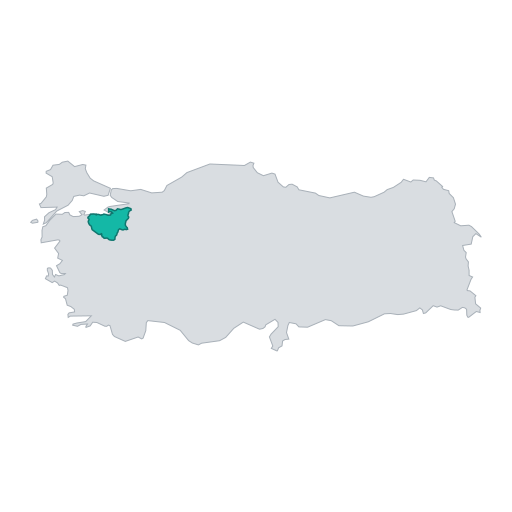 where Bursa sits in Turkey
{"feature_id": "TUR-2264", "entity_name": "Bursa", "entity_type": "Province", "adm_level": 1, "iso_a3": "TUR", "parent_name": "Turkey", "parent_adm1": "", "projection": "mercator", "projection_center": [28.985, 40.083], "detail": "fine", "context": "in_parent", "style": "filled", "palette": "teal", "viewbox_px": 512, "rotation_deg": 0, "n_neighbors": 0, "source": "natural_earth", "source_scale": "10m", "svg_char_len": 5213}
<svg xmlns="http://www.w3.org/2000/svg" viewBox="0 0 512 512"><path d="M403.5,179.3L410.8,182.0L413.2,180.0L420.0,180.3L426.0,181.8L429.3,177.4L433.5,177.9L434.3,180.1L436.3,180.9L442.6,186.5L441.8,187.2L443.4,189.3L448.7,190.7L449.2,193.5L453.4,197.7L455.5,204.2L454.2,208.8L451.9,211.6L455.2,221.3L454.2,222.6L460.7,225.8L468.9,225.2L471.5,226.6L479.3,234.2L481.3,237.2L475.9,233.6L472.8,236.7L471.2,244.1L462.6,245.5L463.9,250.3L466.2,252.6L465.5,257.1L466.1,258.9L468.4,261.9L468.1,266.0L469.1,270.3L469.1,275.5L472.6,277.0L471.0,279.4L467.0,289.8L467.3,290.6L470.0,290.9L475.9,295.7L474.9,297.2L475.6,303.8L480.7,308.1L479.9,310.3L480.1,312.5L476.3,311.5L468.7,317.3L467.8,317.2L466.8,315.2L466.6,309.3L464.7,307.8L462.4,307.4L458.2,310.1L454.4,310.0L450.7,309.5L440.7,305.8L437.0,307.1L433.2,305.7L425.7,312.9L423.4,313.5L422.4,309.9L419.8,307.9L416.4,310.6L403.6,314.1L397.7,314.6L390.5,313.5L384.5,313.8L368.3,321.8L352.8,326.0L338.9,325.7L331.3,320.7L325.4,319.6L307.6,327.2L298.9,326.9L296.0,323.8L289.3,322.5L287.9,325.5L286.5,332.6L288.8,339.1L285.0,339.5L282.6,341.0L282.0,345.9L278.6,347.8L277.4,350.8L276.8,350.9L271.3,348.4L272.8,346.0L269.4,336.9L271.1,334.1L278.2,326.7L278.0,322.4L275.0,319.3L265.8,324.8L265.0,326.9L262.9,328.5L259.5,329.2L243.3,322.1L233.8,328.3L225.7,337.4L219.6,340.7L201.6,343.2L198.4,344.9L192.3,343.0L188.6,340.6L180.2,330.3L164.5,322.5L147.8,320.6L146.3,322.7L145.8,330.6L143.1,338.1L141.7,338.9L138.1,337.0L125.3,341.4L114.4,336.5L112.5,334.4L110.0,325.7L108.4,325.1L106.7,326.3L104.8,326.2L96.9,322.5L92.7,322.2L90.2,325.9L86.0,327.4L85.9,326.4L87.5,324.0L81.0,324.4L77.5,326.3L72.7,325.2L73.0,324.1L76.9,323.0L85.7,321.6L91.3,315.8L70.3,316.1L68.2,317.4L67.9,314.4L69.1,312.9L74.6,311.9L74.3,309.3L70.9,306.6L67.2,305.2L65.5,298.8L63.6,297.2L63.9,296.3L67.3,295.2L68.0,290.5L67.5,287.7L60.7,285.1L59.2,285.4L57.5,282.9L54.6,281.1L52.2,282.6L45.4,278.7L46.6,275.9L48.3,276.0L48.6,273.8L47.3,270.2L47.4,268.3L48.9,267.8L50.6,268.1L52.3,270.3L52.5,274.5L54.4,277.0L55.6,274.5L58.8,275.9L64.4,274.6L65.4,273.5L61.3,273.6L59.8,272.6L56.5,265.7L59.9,263.7L62.4,260.4L57.7,258.1L58.6,253.5L54.6,248.1L59.9,241.2L59.7,240.3L58.0,239.8L41.2,242.8L40.9,239.7L42.1,237.0L42.0,230.4L42.8,226.8L45.9,225.7L49.7,220.4L55.9,214.1L62.3,214.3L64.9,212.5L68.7,212.4L69.9,214.9L73.2,216.6L79.2,216.3L82.0,214.7L79.3,211.6L82.6,210.6L85.3,211.4L83.9,214.7L84.7,215.1L92.4,214.0L100.4,214.9L109.3,214.5L110.4,213.4L104.1,210.0L108.1,207.0L110.4,206.4L129.0,203.7L129.1,203.0L117.7,201.5L111.8,197.5L110.2,195.3L111.3,190.0L112.6,188.6L116.7,188.4L130.7,190.8L140.7,189.4L151.7,192.9L162.2,192.2L164.3,190.6L166.9,185.5L181.7,177.1L186.9,172.6L209.9,164.0L244.4,165.5L250.4,162.1L253.9,163.2L253.0,165.5L253.2,167.5L257.3,172.7L263.4,175.7L271.9,173.1L275.0,174.1L278.0,182.2L283.3,186.9L285.8,187.3L289.0,184.5L292.1,184.2L297.2,186.9L298.9,189.8L315.4,193.1L318.8,195.5L329.8,197.9L354.4,192.2L363.4,196.1L371.0,197.3L374.2,196.7L384.1,192.2L387.2,189.6L393.4,187.4L401.2,182.3L403.5,179.3ZM85.9,165.1L85.3,168.7L86.8,172.7L90.2,178.2L93.7,180.9L110.4,188.3L108.1,195.3L103.9,196.3L89.6,193.0L83.8,195.8L79.6,195.1L73.8,196.4L72.2,200.5L68.1,205.2L56.7,211.1L46.3,222.7L43.3,224.1L44.6,220.2L44.5,216.8L49.0,212.7L55.5,209.7L57.1,207.1L41.0,207.6L39.4,204.0L41.1,203.3L46.3,196.9L46.8,194.4L46.3,188.1L52.7,184.4L53.2,183.0L52.2,176.7L46.1,173.1L46.2,171.3L50.5,169.6L53.0,165.2L59.3,164.4L62.3,162.2L67.8,161.1L74.6,166.6L82.7,164.5L85.9,165.1ZM37.8,222.3L32.4,223.2L30.7,222.3L32.4,220.4L36.6,219.1L38.0,221.0L37.8,222.3Z" fill="#d9dde1" stroke="#a8b0b8" stroke-width="1"/><path d="M90.5,214.2L93.8,214.0L95.0,214.2L97.0,214.1L96.8,214.2L96.6,214.3L96.4,214.5L96.4,214.8L97.3,214.4L98.4,214.4L99.5,214.7L100.6,215.2L100.8,215.1L101.1,215.2L101.3,215.1L101.5,214.9L103.0,214.6L103.4,214.3L103.7,214.1L104.2,214.1L105.0,214.4L105.7,214.4L106.4,214.6L106.7,214.7L107.3,215.1L107.7,215.2L108.1,215.3L109.9,215.2L110.3,215.1L110.6,214.9L110.8,214.5L111.0,213.7L111.2,213.3L111.5,213.4L111.9,213.4L112.3,213.3L112.7,213.1L112.2,212.6L111.7,212.1L111.2,211.7L110.6,211.6L109.4,211.6L109.2,211.7L108.6,212.1L108.6,208.8L110.2,209.2L110.9,209.1L114.5,210.7L116.0,210.4L117.5,208.8L119.0,209.1L120.3,209.5L121.7,209.4L126.1,207.8L127.7,207.5L130.9,208.7L131.0,209.4L131.2,210.0L130.0,210.7L129.5,211.1L129.0,211.6L128.6,212.4L128.5,213.4L128.2,214.3L127.9,215.0L128.0,216.0L128.6,216.7L128.7,217.5L128.3,218.4L126.0,220.8L125.3,223.8L125.4,225.4L126.6,227.2L127.2,227.6L127.6,229.2L126.4,229.6L125.0,229.3L124.3,229.4L123.6,229.8L122.9,229.9L122.1,229.8L119.7,228.8L118.5,229.7L118.0,231.5L117.8,232.2L117.3,232.7L116.6,235.1L115.6,235.9L115.0,237.3L114.9,239.3L113.6,240.2L111.9,240.2L110.3,240.0L109.2,239.7L108.3,239.0L107.8,238.4L107.0,238.1L105.9,238.1L104.9,238.3L103.9,238.1L103.3,237.2L103.0,237.0L102.6,237.0L102.3,236.8L102.2,236.4L101.7,235.7L101.7,234.8L101.8,234.2L101.4,233.7L100.8,234.0L100.3,234.5L98.4,234.3L92.2,229.7L91.8,228.7L91.4,226.6L90.9,225.8L89.6,224.9L88.8,223.5L88.4,222.3L88.2,221.8L88.5,220.6L88.8,220.1L89.1,219.5L88.6,218.5L88.1,218.4L87.9,217.3L88.5,216.7L89.2,216.1L90.4,214.4L90.5,214.2L90.5,214.2Z" fill="#14b8a6" stroke="#0f766e" stroke-width="1.5"/></svg>